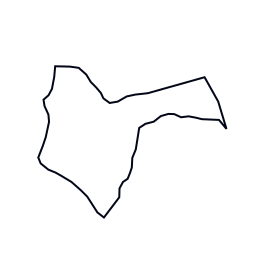 the district of Coqueiro Seco, Alagoas, Brazil, rotated 164°
{"feature_id": "56859067B38528567651193", "entity_name": "Coqueiro Seco", "entity_type": "district", "adm_level": 2, "iso_a3": "BRA", "parent_name": "Brazil", "parent_adm1": "Alagoas", "projection": "mercator", "projection_center": [-35.809, -9.641], "detail": "fine", "context": "isolated", "style": "outline", "palette": "ink", "viewbox_px": 256, "rotation_deg": 164, "n_neighbors": 0, "source": "geoboundaries", "source_scale": "gbopen_adm2", "svg_char_len": 826}
<svg xmlns="http://www.w3.org/2000/svg" viewBox="0 0 256 256"><g transform="rotate(164 128 128)"><path d="M181.0,207.4L184.9,197.3L190.3,186.6L195.3,181.4L201.4,178.5L202.2,172.1L200.8,162.9L202.2,155.7L209.5,142.0L214.6,134.6L218.7,129.2L222.4,124.3L221.7,118.0L216.1,110.0L209.7,104.9L205.3,100.4L197.2,91.7L190.5,81.2L186.1,73.3L180.7,55.3L175.8,48.6L155.5,63.8L152.8,72.3L147.7,77.5L142.3,79.3L138.5,84.2L135.2,89.0L132.1,98.1L126.4,105.3L117.2,125.0L110.2,127.2L101.5,127.0L93.1,130.4L85.3,130.4L79.7,128.6L74.0,123.7L66.5,122.5L59.9,119.2L54.5,116.1L38.3,110.7L33.6,100.0L34.0,128.6L40.4,155.7L99.4,156.0L111.7,158.1L120.5,158.7L130.6,156.2L138.7,157.1L143.5,163.3L144.4,169.1L147.4,175.7L151.1,182.5L153.4,190.9L158.8,199.4L166.6,202.9L172.9,204.9L181.0,207.4Z" fill="none" stroke="#020617" stroke-width="2"/></g></svg>